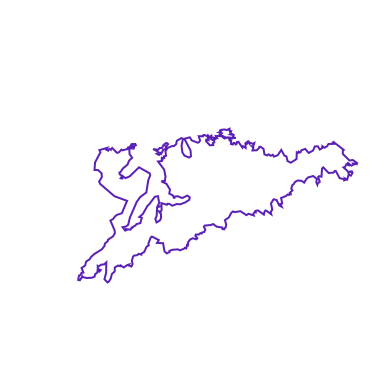 the district of Moskenes nor, Norway, rotated 229°
{"feature_id": "86288312B19862201560696", "entity_name": "Moskenes nor", "entity_type": "district", "adm_level": 2, "iso_a3": "NOR", "parent_name": "Norway", "parent_adm1": "", "projection": "albers", "projection_center": [12.984, 67.935], "detail": "fine", "context": "isolated", "style": "outline", "palette": "violet", "viewbox_px": 384, "rotation_deg": 229, "n_neighbors": 0, "source": "geoboundaries", "source_scale": "gbopen_adm2", "svg_char_len": 6091}
<svg xmlns="http://www.w3.org/2000/svg" viewBox="0 0 384 384"><g transform="rotate(229 192 192)"><path d="M284.4,149.6L282.1,149.0L277.9,138.2L272.6,132.9L270.2,135.5L265.3,136.0L262.3,133.6L260.8,128.7L258.3,128.0L239.7,130.7L227.9,137.2L222.0,125.1L224.0,120.3L224.1,118.0L223.4,114.5L224.0,111.7L213.8,108.4L211.6,106.9L210.3,103.4L211.1,97.4L210.2,96.1L210.2,92.4L208.7,90.6L207.9,86.4L209.3,77.5L209.2,73.1L208.4,70.8L208.9,66.4L206.6,63.1L207.1,58.8L202.5,57.2L203.5,55.6L202.5,53.3L203.1,51.9L200.3,48.4L198.9,49.4L200.1,53.3L199.2,52.6L199.7,53.7L196.3,56.0L192.9,60.3L192.0,63.0L193.5,64.8L193.3,67.7L194.5,69.0L192.6,69.9L193.0,71.9L195.9,70.5L198.0,72.3L197.1,72.5L196.7,75.9L195.0,78.2L195.1,81.2L187.3,74.1L183.6,68.7L179.2,68.9L179.0,70.7L180.0,73.9L182.7,77.7L182.7,81.5L185.7,84.2L185.1,87.8L183.2,89.1L183.6,89.9L179.8,91.0L179.4,95.2L178.6,96.9L178.3,95.9L175.5,97.4L176.7,100.0L179.5,101.4L181.8,104.9L182.1,106.3L180.3,109.2L180.3,111.2L178.1,112.6L178.7,113.0L178.1,116.6L180.5,121.8L180.1,124.4L181.7,125.2L184.7,130.9L184.7,132.5L177.5,135.4L176.5,132.2L172.3,136.6L165.3,132.3L162.2,132.7L161.4,135.7L162.4,136.4L161.3,139.2L158.0,143.7L156.0,144.5L154.4,148.8L154.6,149.9L153.2,150.7L155.2,153.3L154.3,153.7L154.8,154.6L156.4,155.5L157.4,159.4L156.6,162.2L153.4,164.3L153.7,165.8L156.7,165.7L157.4,167.0L155.4,169.3L155.5,171.3L154.3,172.0L154.8,173.1L153.8,175.0L154.9,177.4L157.9,178.1L158.3,179.6L154.7,184.6L154.0,186.9L149.6,187.9L145.4,191.5L144.0,190.7L143.2,191.4L143.7,191.5L143.1,192.8L143.3,194.3L145.0,196.5L149.2,198.4L148.6,203.0L150.5,208.0L150.4,210.2L148.7,211.1L145.8,215.9L138.8,217.9L138.5,220.3L133.8,223.2L135.2,223.7L135.8,226.3L134.9,226.7L136.1,227.6L134.8,229.7L127.8,231.4L129.3,233.3L129.9,235.0L129.5,235.7L123.2,237.2L125.2,238.2L126.0,241.0L131.5,244.1L133.0,248.8L130.4,250.6L124.7,249.0L122.1,250.0L125.0,250.7L124.1,252.5L129.0,255.3L127.3,260.4L127.4,262.4L126.0,263.5L126.9,264.7L125.7,265.2L127.3,266.3L127.3,268.8L129.4,269.1L131.4,272.3L131.2,273.7L132.0,276.5L131.4,279.2L128.6,282.0L125.5,282.8L126.8,287.0L126.8,289.3L124.5,294.0L119.8,294.8L118.0,292.3L115.3,291.4L116.0,292.5L115.8,295.1L120.6,297.1L120.5,298.4L118.6,299.8L124.4,305.5L124.5,307.2L116.7,307.6L113.8,311.5L114.2,313.7L113.5,314.3L105.6,312.5L101.9,315.2L101.0,314.5L100.1,316.4L101.3,316.6L99.6,317.3L102.4,321.6L100.1,322.6L101.1,325.7L102.9,325.5L101.9,326.8L103.3,325.6L103.6,321.8L104.1,323.3L111.2,322.5L110.6,324.1L111.6,326.7L108.2,328.5L111.5,327.7L111.6,328.8L107.3,329.6L106.6,332.1L107.7,332.3L106.2,333.5L107.3,333.4L105.1,334.8L105.5,335.6L110.6,334.4L112.5,331.5L121.8,330.8L124.5,333.2L124.3,334.1L137.0,331.6L136.8,330.3L135.5,330.4L138.7,326.5L137.9,323.9L138.4,321.2L140.2,320.7L139.6,320.5L140.4,319.5L139.7,319.1L140.2,316.3L144.0,316.9L145.8,314.6L143.9,310.6L144.9,305.7L150.3,305.7L151.7,302.0L150.8,299.9L151.4,299.4L150.5,299.1L152.5,298.9L152.1,297.6L153.2,297.1L148.3,292.5L149.3,285.8L152.7,284.4L156.9,286.6L159.0,285.6L165.2,287.0L163.5,280.8L165.0,277.0L167.1,277.4L167.7,275.2L170.2,274.5L170.3,272.7L172.9,271.4L177.7,274.3L181.4,273.3L181.9,272.5L181.2,271.6L181.0,268.3L183.7,264.9L185.1,267.3L187.2,267.2L186.2,268.2L188.1,271.1L188.5,269.4L190.6,268.4L190.5,267.2L192.8,267.9L192.4,266.2L193.6,266.6L193.5,264.7L194.4,264.0L192.0,264.7L193.0,263.8L190.1,261.4L193.1,260.6L192.4,259.1L199.4,260.0L200.2,258.6L199.1,257.5L199.2,256.2L201.1,256.2L201.8,255.4L201.1,253.9L202.5,252.9L205.0,254.9L204.9,256.0L205.4,254.4L206.7,254.3L207.7,254.9L206.7,256.4L208.5,256.0L203.9,260.4L206.7,259.0L207.6,260.8L210.2,258.8L209.8,260.2L211.4,259.6L212.5,260.2L211.8,260.6L212.2,261.5L214.0,260.6L215.1,261.8L216.2,258.5L218.0,257.5L218.9,256.1L219.0,254.2L219.8,254.6L220.1,253.5L218.9,252.7L219.3,251.4L216.9,252.9L217.0,250.8L210.2,253.5L211.1,251.6L214.6,251.0L218.6,246.8L216.3,246.3L218.7,244.1L216.7,244.0L218.1,241.5L216.1,242.3L214.8,241.4L215.2,239.7L213.5,238.8L215.6,236.1L221.2,236.0L222.2,237.1L220.3,238.4L222.1,239.3L221.3,240.4L222.0,241.0L221.7,242.1L219.2,241.9L221.8,243.6L222.2,241.0L224.4,241.2L224.0,240.0L226.8,238.9L227.5,237.7L226.8,236.9L229.7,233.7L225.6,231.9L225.0,230.0L225.4,228.7L231.2,225.6L234.7,226.2L237.2,221.2L224.2,218.1L219.6,214.6L219.9,212.4L224.3,210.2L228.2,210.7L233.8,214.5L238.1,220.1L239.7,219.3L240.6,214.2L238.5,211.4L238.5,208.6L240.0,206.6L241.4,201.8L243.0,201.8L243.8,205.4L245.6,205.1L246.3,203.0L245.0,201.9L246.1,201.1L244.8,198.0L246.4,196.5L246.2,194.1L249.9,190.8L245.1,192.7L243.7,191.7L244.0,190.5L241.6,191.4L241.9,192.8L241.3,193.2L242.6,193.6L241.4,194.7L242.7,198.0L242.0,200.4L240.6,200.6L240.2,198.7L236.3,196.1L237.3,194.2L235.9,193.3L237.6,191.7L236.8,190.9L236.4,192.1L235.1,189.6L237.3,186.4L227.3,185.7L221.2,182.3L218.1,178.7L219.8,176.6L219.5,176.1L214.9,178.1L208.3,177.0L205.7,173.8L202.0,175.3L199.5,174.5L199.1,174.9L199.8,176.1L198.2,178.4L193.8,180.7L192.4,186.1L189.5,186.8L187.9,184.9L188.6,180.0L190.5,174.9L192.9,172.7L194.6,168.1L197.7,167.2L199.2,165.8L198.8,164.7L203.7,161.6L198.5,157.4L197.5,155.2L199.2,154.3L195.7,154.1L192.6,151.5L191.6,149.0L192.3,145.3L195.9,146.8L197.0,149.5L203.1,155.4L202.3,158.2L204.0,156.9L205.2,160.0L211.2,163.6L212.8,160.8L210.8,151.7L210.8,149.4L207.7,140.6L207.7,135.9L205.5,137.2L202.4,132.6L204.2,129.0L203.8,127.2L204.4,125.2L204.1,123.5L204.7,123.2L203.9,120.9L207.1,118.0L206.2,117.6L206.7,116.2L211.0,116.6L209.4,119.2L209.1,122.3L213.4,128.3L220.8,143.8L222.2,149.6L221.6,157.2L229.4,166.5L232.0,171.4L233.8,172.3L245.4,168.2L244.7,155.2L246.1,150.9L248.7,150.2L247.9,148.2L249.2,147.2L249.9,149.7L249.1,150.4L252.7,149.0L254.3,150.0L253.9,150.9L255.1,155.3L255.0,161.3L256.9,165.1L257.1,169.3L261.5,169.7L265.5,172.8L265.3,174.5L266.6,175.8L266.6,177.8L264.5,176.8L264.5,175.0L263.0,176.5L264.5,178.7L264.1,180.3L265.4,180.7L267.8,177.9L266.8,174.8L267.6,172.7L266.7,171.6L269.1,166.8L270.3,166.6L269.9,163.1L270.7,161.1L277.6,160.6L277.4,158.8L278.2,158.6L277.8,158.5L277.5,158.3L278.7,157.9L278.2,155.8L280.3,155.0L280.9,157.0L284.4,149.6Z" fill="none" stroke="#5b21b6" stroke-width="2"/></g></svg>